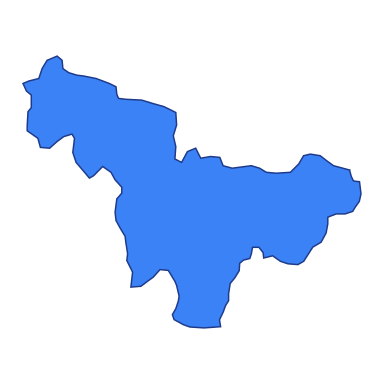 Gunwi-gun, North Gyeongsang, South Korea (Natural Earth projection)
{"feature_id": "91817680B30315657457409", "entity_name": "Gunwi-gun", "entity_type": "district", "adm_level": 2, "iso_a3": "KOR", "parent_name": "South Korea", "parent_adm1": "North Gyeongsang", "projection": "natural_earth1", "projection_center": [128.644, 36.164], "detail": "fine", "context": "isolated", "style": "filled", "palette": "blue", "viewbox_px": 384, "rotation_deg": 0, "n_neighbors": 0, "source": "geoboundaries", "source_scale": "gbopen_adm2", "svg_char_len": 1712}
<svg xmlns="http://www.w3.org/2000/svg" viewBox="0 0 384 384"><path d="M349.9,170.1L333.5,165.7L327.7,161.5L320.2,155.7L310.3,154.1L303.6,155.7L298.7,164.0L290.4,172.3L276.2,173.2L266.3,172.3L259.6,168.2L251.3,165.7L232.2,168.2L223.1,165.7L219.8,157.4L210.6,156.5L200.7,158.2L195.7,148.2L187.4,151.6L181.6,162.4L174.9,159.0L175.8,146.6L173.3,135.8L176.6,125.0L175.8,112.5L164.1,106.7L152.5,103.4L141.7,100.1L126.0,99.3L118.5,98.4L116.8,94.3L116.0,86.8L109.4,83.5L96.1,78.5L83.6,76.0L77.0,75.2L68.7,72.7L62.9,68.6L62.1,60.3L57.1,56.1L47.1,60.3L42.1,68.6L38.8,78.5L28.9,81.0L23.0,83.5L24.3,86.3L26.4,91.0L31.3,95.1L31.3,100.1L31.3,107.6L28.0,111.7L27.2,125.8L27.2,130.8L37.9,138.3L40.4,147.4L49.6,148.2L57.0,141.6L63.7,136.6L72.0,134.1L74.5,138.3L72.8,152.4L76.1,162.4L85.3,173.2L89.4,178.1L93.6,175.7L102.7,166.5L111.0,172.3L115.1,179.8L121.8,187.3L121.8,193.1L116.8,198.9L115.1,212.2L116.0,220.5L120.1,228.0L125.1,236.3L125.9,243.0L126.4,245.8L127.6,253.8L126.8,260.5L132.6,272.1L130.9,287.1L140.9,286.3L147.5,281.3L153.3,277.1L160.0,269.6L168.3,270.4L174.9,281.3L176.6,285.4L179.1,296.2L178.3,301.2L175.8,308.7L172.4,314.6L174.1,319.6L180.4,323.0L183.2,324.6L189.9,327.0L204.0,327.9L220.6,326.7L219.5,319.8L223.3,311.8L225.4,305.9L228.6,300.6L228.6,293.6L230.2,283.5L234.9,277.7L239.2,270.7L239.7,263.3L243.5,260.1L249.8,258.5L251.4,253.7L252.5,247.3L258.9,247.3L263.1,252.6L263.7,258.0L272.7,255.8L280.4,261.3L287.9,263.8L297.9,264.6L303.7,261.3L312.8,247.1L321.1,242.2L326.1,233.0L327.8,223.9L327.8,217.2L336.1,213.9L345.2,213.9L352.7,211.4L355.2,207.2L359.3,201.4L361.0,193.9L359.5,181.7L355.6,181.3L353.4,180.8L351.3,176.5L349.7,170.7L349.9,170.1Z" fill="#3b82f6" stroke="#1e3a8a" stroke-width="1.5"/></svg>